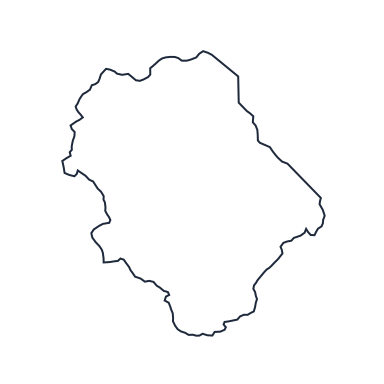 Cajazeiras do Piauí, Piauí, Brazil (Robinson projection), rotated 285°
{"feature_id": "56859067B2210430930497", "entity_name": "Cajazeiras do Piauí", "entity_type": "district", "adm_level": 2, "iso_a3": "BRA", "parent_name": "Brazil", "parent_adm1": "Piauí", "projection": "robinson", "projection_center": [-42.476, -6.786], "detail": "fine", "context": "isolated", "style": "outline", "palette": "slate", "viewbox_px": 384, "rotation_deg": 285, "n_neighbors": 0, "source": "geoboundaries", "source_scale": "gbopen_adm2", "svg_char_len": 2488}
<svg xmlns="http://www.w3.org/2000/svg" viewBox="0 0 384 384"><g transform="rotate(285 192 192)"><path d="M54.5,217.2L54.2,222.0L53.1,225.7L54.3,229.6L54.3,233.2L55.2,236.3L57.8,238.9L57.6,244.0L58.6,248.8L62.7,250.1L64.4,255.4L67.3,259.1L70.1,259.7L72.2,256.8L74.9,257.1L76.6,261.1L80.5,268.8L84.2,270.6L86.8,273.8L87.8,277.6L90.2,279.8L92.6,282.6L97.0,282.7L101.5,282.3L105.4,282.5L108.1,280.6L111.6,278.9L114.4,276.3L117.9,276.1L120.7,277.3L123.7,278.1L128.3,280.2L133.3,282.5L136.5,284.2L138.6,286.2L141.0,287.7L144.9,289.8L149.5,292.5L152.1,293.6L156.0,295.3L159.4,293.7L162.0,291.7L166.5,293.4L168.7,296.5L170.7,300.6L174.0,302.2L177.9,308.1L181.8,311.3L185.9,311.8L183.3,314.5L181.2,317.8L182.0,321.5L185.7,322.2L189.2,323.2L192.3,326.0L195.6,326.5L199.0,325.9L203.4,326.3L208.4,323.1L213.2,318.4L216.2,318.0L219.6,318.0L244.1,276.9L244.7,271.1L247.4,266.0L249.5,262.9L252.1,259.5L255.5,255.6L256.3,250.3L257.1,244.8L258.8,242.3L264.2,240.7L269.0,239.0L272.7,236.2L275.1,232.7L281.0,231.6L283.0,227.7L284.4,224.0L290.4,214.0L315.6,206.7L329.7,175.5L330.6,171.2L330.9,166.3L327.4,163.2L323.1,161.3L319.7,156.7L317.6,153.2L316.2,148.2L317.8,144.1L318.0,140.4L316.9,136.1L315.2,131.7L313.3,128.6L310.5,126.1L306.8,123.8L303.5,121.6L300.8,119.6L297.8,120.4L294.6,121.3L291.6,119.8L288.1,116.0L285.9,112.9L285.4,108.9L287.1,105.3L289.6,99.8L287.1,94.2L286.9,88.9L288.3,86.2L289.0,81.1L288.7,77.1L282.0,73.6L277.2,73.4L273.9,72.9L271.2,70.7L269.2,67.6L264.4,66.9L260.9,64.0L258.3,61.3L255.1,60.1L252.4,59.3L248.2,58.7L244.4,57.5L241.8,59.3L239.8,61.5L237.8,64.6L235.8,67.2L232.4,64.5L230.3,62.1L224.9,57.5L221.7,59.6L219.6,63.1L215.5,64.0L210.6,63.6L204.8,64.0L201.6,65.0L198.8,63.6L195.6,65.4L192.1,61.9L188.4,58.7L182.6,61.7L177.4,64.0L176.7,69.0L176.8,74.4L179.7,76.0L183.2,76.1L180.1,85.0L177.3,89.5L176.6,93.7L174.0,96.6L170.9,100.0L168.6,104.2L165.1,107.8L161.7,108.5L159.5,110.5L154.8,112.4L151.3,113.1L148.4,115.8L146.4,118.2L143.8,120.4L140.8,120.0L138.2,114.3L135.4,111.2L130.4,106.8L126.2,105.4L122.2,107.5L118.7,111.8L115.8,116.5L112.9,119.8L110.2,121.6L105.2,123.7L101.1,124.9L102.9,130.3L105.1,135.3L106.3,138.3L109.2,140.1L109.0,143.6L106.1,147.0L103.3,150.6L100.4,153.0L98.6,155.4L95.5,158.9L95.1,164.7L93.2,169.7L95.1,173.7L95.2,178.1L92.3,182.3L91.4,185.6L89.2,190.3L89.1,194.6L86.6,196.6L84.2,193.9L80.1,193.7L79.0,198.2L75.6,200.7L72.9,202.4L70.0,204.7L65.6,206.3L62.2,207.1L58.5,210.3L55.8,213.6L54.5,217.2Z" fill="none" stroke="#1e293b" stroke-width="2"/></g></svg>